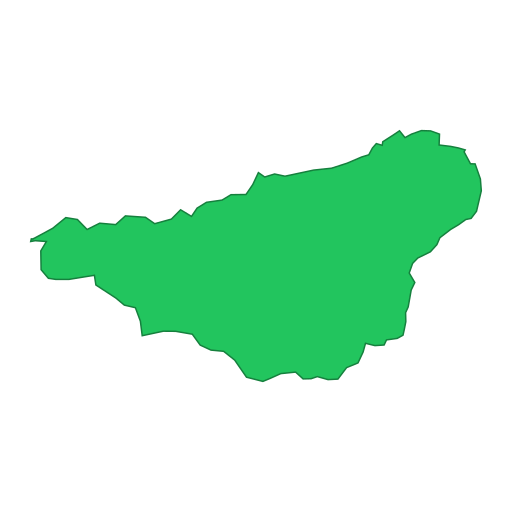 Mandria Lemesou, Limassol, Cyprus (orthographic projection)
{"feature_id": "46923920B25695470611853", "entity_name": "Mandria Lemesou", "entity_type": "district", "adm_level": 2, "iso_a3": "CYP", "parent_name": "Cyprus", "parent_adm1": "Limassol", "projection": "orthographic", "projection_center": [32.836, 34.866], "detail": "fine", "context": "isolated", "style": "filled", "palette": "green", "viewbox_px": 512, "rotation_deg": 0, "n_neighbors": 0, "source": "geoboundaries", "source_scale": "gbopen_adm2", "svg_char_len": 1456}
<svg xmlns="http://www.w3.org/2000/svg" viewBox="0 0 512 512"><path d="M465.2,149.9L458.2,147.9L450.7,146.4L439.1,145.0L439.5,134.1L430.6,130.9L421.4,130.6L411.5,134.1L405.0,137.6L399.5,130.8L393.0,135.2L382.8,141.7L382.2,145.3L376.3,143.6L372.4,148.1L368.8,154.8L361.6,157.0L347.1,163.2L331.6,168.2L313.6,170.1L285.0,176.2L274.6,174.0L264.7,177.0L258.4,172.6L252.8,184.5L246.0,194.5L231.0,194.7L222.0,200.1L206.5,202.3L197.1,208.1L191.5,216.4L180.6,209.8L171.4,219.1L154.7,223.7L145.5,217.3L125.4,215.9L115.7,224.6L99.7,223.2L87.1,229.5L77.4,219.5L65.8,217.6L52.7,228.3L33.8,238.5L33.9,238.2L33.2,238.9L31.3,238.9L30.7,241.5L35.2,240.7L46.4,241.5L40.8,250.9L41.1,269.7L48.4,278.3L55.8,279.4L68.9,279.4L83.0,277.1L94.4,275.3L95.9,285.0L115.8,298.0L124.3,305.1L135.4,307.7L140.4,321.2L142.2,335.7L163.3,331.2L175.6,331.3L192.3,334.2L200.2,345.1L211.0,350.1L223.6,351.3L234.7,360.1L246.5,377.2L262.9,381.4L269.9,378.5L280.8,373.6L295.6,372.1L303.1,378.9L311.1,378.7L317.3,376.6L328.0,379.6L337.9,379.1L346.6,367.6L358.0,362.9L363.1,352.0L365.5,343.3L374.9,345.6L384.1,345.0L386.5,339.9L397.2,338.4L403.0,335.2L404.3,329.4L405.8,321.8L405.8,320.8L405.6,312.6L408.2,306.9L411.2,290.0L414.8,282.5L409.2,273.0L412.6,263.4L417.8,258.0L430.4,251.8L436.9,244.6L439.9,237.7L450.7,229.4L458.6,224.7L465.8,219.5L471.1,218.4L476.5,211.3L481.3,190.8L480.4,179.0L475.1,163.9L470.5,163.8L464.1,151.9L465.2,149.9Z" fill="#22c55e" stroke="#15803d" stroke-width="1.5"/></svg>